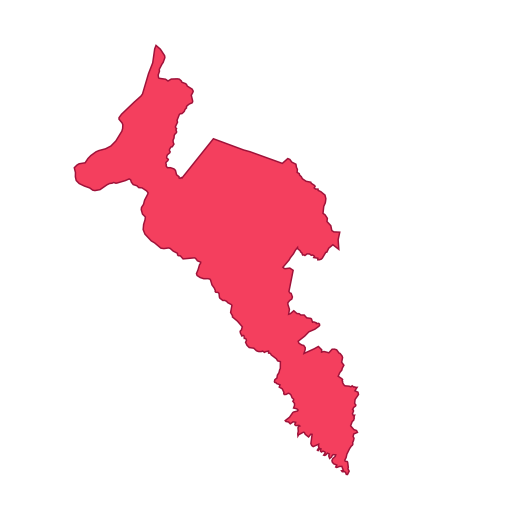 outline of Tetu, Central, Kenya, rotated 47°
{"feature_id": "3690345B96542987367119", "entity_name": "Tetu", "entity_type": "district", "adm_level": 2, "iso_a3": "KEN", "parent_name": "Kenya", "parent_adm1": "Central", "projection": "equal_earth", "projection_center": [36.862, -0.453], "detail": "fine", "context": "isolated", "style": "filled", "palette": "rose", "viewbox_px": 512, "rotation_deg": 47, "n_neighbors": 0, "source": "geoboundaries", "source_scale": "gbopen_adm2", "svg_char_len": 6106}
<svg xmlns="http://www.w3.org/2000/svg" viewBox="0 0 512 512"><g transform="rotate(47 256 256)"><path d="M33.8,185.5L35.4,188.8L44.3,199.8L49.3,210.2L60.1,228.5L60.6,231.0L60.4,239.7L60.6,257.6L61.4,261.8L62.5,262.9L67.4,263.2L69.2,263.9L71.8,266.6L73.3,269.1L73.7,270.7L76.3,280.0L76.6,287.2L75.0,292.9L71.7,299.1L70.7,301.9L69.9,308.3L70.1,312.4L71.3,317.4L67.9,322.5L67.4,324.9L67.5,328.7L71.8,331.1L74.9,334.1L78.2,336.0L82.4,335.9L87.8,333.8L92.8,331.2L96.5,330.5L98.3,329.2L101.1,324.8L102.3,316.4L103.1,313.7L104.6,311.6L105.2,309.9L107.1,308.9L107.8,308.0L111.7,300.2L113.1,296.2L114.7,295.7L117.0,296.8L120.0,297.1L123.4,295.2L126.0,295.1L128.4,292.9L133.7,291.6L136.1,291.8L136.9,292.9L139.2,299.4L141.5,303.0L142.4,306.6L143.8,308.3L147.9,310.4L152.0,310.3L153.8,312.4L156.3,316.7L159.7,320.5L164.3,322.3L173.5,322.3L177.2,321.2L185.4,320.2L187.8,318.3L190.4,314.5L191.9,313.6L196.0,313.2L200.5,311.6L201.7,312.6L202.7,312.6L204.3,311.2L208.4,311.3L215.4,302.2L216.6,301.8L219.6,302.1L222.8,300.6L223.6,301.7L223.8,303.1L226.5,307.7L228.3,311.6L230.1,312.4L233.7,311.5L237.0,309.7L239.8,306.6L241.4,305.5L242.5,305.6L247.1,307.9L251.0,308.4L253.5,309.3L254.2,310.1L255.1,310.1L256.8,308.6L258.2,308.6L261.1,310.8L262.2,311.2L265.9,310.6L267.1,309.2L269.1,308.4L270.8,308.5L274.6,307.2L275.6,307.2L280.0,313.1L283.8,314.0L284.5,314.8L291.0,314.0L298.4,314.3L300.1,317.0L300.2,318.9L301.6,319.9L304.9,320.9L305.1,319.8L305.7,319.3L306.5,319.4L308.3,320.8L308.9,320.1L310.0,319.9L311.3,320.6L312.0,322.5L315.2,323.5L318.3,323.4L321.9,320.5L325.6,320.3L327.5,319.4L329.4,317.5L330.1,316.0L332.3,315.5L332.5,314.2L334.1,311.7L335.6,313.0L336.5,312.1L337.6,312.0L338.7,312.3L345.1,311.2L347.4,311.7L349.9,310.2L354.9,315.0L355.3,316.2L357.0,318.8L357.7,321.6L359.5,323.9L359.3,326.5L360.3,328.1L361.2,328.5L362.2,327.8L363.3,327.9L366.6,326.3L367.7,328.4L371.1,327.4L374.8,328.6L375.6,329.6L376.6,329.8L377.7,328.5L378.4,326.0L379.6,325.3L381.5,325.2L384.3,326.3L386.4,326.1L387.2,327.0L387.3,328.1L390.1,328.4L391.6,329.8L392.8,332.2L395.5,330.4L397.4,330.3L397.7,331.3L395.8,334.8L395.6,335.8L396.8,341.4L396.3,346.9L397.4,347.0L399.6,345.4L402.1,345.4L402.6,341.9L404.7,340.4L405.2,341.1L405.4,342.3L406.2,342.7L407.2,342.5L409.2,340.0L410.2,339.9L409.7,341.2L410.3,342.5L413.0,344.6L414.5,346.7L416.2,348.0L415.8,346.8L417.2,341.5L418.1,341.0L420.0,341.6L424.2,341.0L423.7,337.4L424.7,336.6L430.6,343.8L432.6,344.5L434.4,344.2L436.4,338.5L437.9,340.2L439.0,340.5L439.8,343.5L440.7,343.3L440.5,340.6L441.3,340.0L442.7,341.9L444.0,341.8L444.4,340.1L446.2,339.3L447.2,339.6L447.8,342.3L448.8,341.7L449.1,340.3L448.9,338.2L450.8,337.4L451.9,339.2L454.3,340.2L454.5,337.8L453.9,336.5L453.9,335.0L455.8,333.3L456.6,334.6L456.6,338.2L457.5,340.1L458.9,340.8L460.9,340.9L464.0,339.5L464.7,341.6L465.7,341.2L466.9,338.4L468.4,336.7L472.3,338.3L471.4,339.9L472.6,340.0L474.2,338.3L475.4,338.1L477.3,338.9L478.2,338.1L476.9,334.6L474.3,333.9L473.6,332.7L469.6,329.8L468.6,329.4L467.0,330.7L465.9,330.4L464.9,327.6L462.9,324.7L460.7,318.9L460.0,315.9L460.1,314.5L459.6,313.4L458.5,312.8L457.5,310.6L456.1,308.6L454.2,308.1L452.8,305.9L454.2,302.1L452.2,301.5L449.7,302.8L444.7,302.6L442.7,298.5L442.7,296.6L441.5,294.6L440.7,294.3L439.7,292.5L439.0,293.6L437.1,293.0L435.9,290.4L435.1,289.9L434.2,290.1L433.4,287.9L433.6,285.5L433.1,284.6L431.1,284.4L428.5,281.4L427.2,275.5L425.2,274.3L422.0,275.6L421.0,271.7L420.0,272.8L419.1,273.0L418.5,273.9L416.5,274.2L416.5,275.4L415.8,276.2L414.8,276.6L411.6,279.5L409.8,279.6L407.6,279.0L406.8,278.2L406.0,278.1L405.5,277.0L404.4,276.9L400.0,277.9L398.4,274.2L398.0,271.1L396.9,269.4L395.8,266.2L392.1,265.8L389.3,261.9L387.6,261.2L384.7,261.0L383.6,261.5L379.6,261.0L377.7,262.1L376.1,263.9L376.5,268.7L372.2,271.4L371.0,273.6L369.4,271.9L364.7,272.1L363.6,276.6L360.0,287.4L358.0,283.9L356.6,282.5L354.0,282.1L352.3,283.2L349.1,284.1L347.1,283.3L347.8,275.0L347.5,269.1L349.7,262.8L350.3,257.9L350.1,256.7L349.1,256.0L348.0,256.1L346.6,257.9L345.9,257.5L343.6,258.7L343.0,259.8L339.9,258.4L339.0,258.5L335.8,261.1L332.0,261.0L329.7,263.5L327.6,263.8L326.0,265.3L321.8,265.7L321.6,270.3L320.9,271.9L317.8,267.9L313.0,265.6L311.9,264.5L311.5,261.6L311.9,259.2L310.8,257.3L307.3,255.8L306.2,256.4L304.4,256.1L291.8,238.6L287.9,239.5L285.2,243.3L284.5,243.8L282.6,244.0L281.5,234.6L280.7,232.1L279.9,227.1L278.6,223.2L278.1,219.8L279.1,220.6L282.1,220.1L283.5,220.6L284.7,220.3L287.1,221.2L287.7,220.3L289.0,219.9L289.3,217.1L291.1,215.4L293.2,215.1L293.8,214.0L295.3,213.5L296.2,213.6L296.5,214.8L299.8,212.3L300.9,213.4L301.9,212.3L302.8,210.5L302.8,209.0L300.9,202.5L301.5,201.6L299.9,197.5L300.2,192.1L307.6,190.9L300.1,184.8L295.7,178.5L291.5,182.6L289.1,183.2L284.8,180.6L279.2,180.6L277.1,178.1L273.0,177.4L270.5,177.9L265.9,172.6L264.4,169.1L263.4,167.8L261.7,165.8L258.5,164.0L253.2,164.7L250.4,165.8L249.4,165.0L247.6,166.8L245.9,167.0L245.3,165.2L244.3,165.1L240.5,166.0L239.4,165.6L235.5,168.4L231.1,169.4L229.0,168.8L226.5,168.9L225.3,168.2L222.9,168.9L220.8,166.6L218.8,166.0L216.1,164.2L211.8,165.8L208.5,165.4L206.4,166.3L206.2,173.6L175.4,189.4L170.1,192.7L141.2,207.2L148.5,257.0L147.7,257.1L147.4,258.6L146.4,259.0L145.5,258.2L142.4,258.7L138.4,256.5L136.3,256.6L133.1,258.3L131.0,260.6L128.8,260.3L128.3,259.5L126.4,258.5L126.1,257.5L126.1,255.4L125.5,254.2L123.4,254.5L122.1,253.1L121.6,251.8L121.7,248.6L121.2,247.7L120.0,247.5L119.0,246.5L118.6,245.1L118.3,243.8L119.0,242.7L118.2,239.7L116.3,239.0L114.7,237.6L113.8,235.5L112.1,233.7L111.6,232.5L111.5,230.0L110.8,229.2L109.2,228.6L108.6,227.2L107.3,227.3L106.4,226.6L104.6,222.1L102.9,221.2L100.2,215.5L100.4,214.1L101.3,213.2L101.4,211.0L101.2,209.5L100.4,208.1L100.3,205.8L99.5,205.3L99.1,203.9L99.4,201.0L100.4,198.3L100.1,197.4L99.6,196.7L94.3,193.7L93.3,190.7L92.6,189.5L90.4,188.9L84.9,190.4L83.0,189.8L81.8,190.0L78.4,191.7L76.9,191.2L74.3,191.5L72.7,192.8L68.8,197.3L68.0,201.0L65.0,201.6L60.0,205.6L59.2,205.7L56.9,204.1L55.1,200.7L53.5,199.4L51.6,194.1L51.1,191.9L48.8,187.4L47.9,186.7L47.1,186.2L39.5,184.9L33.8,185.5Z" fill="#f43f5e" stroke="#9f1239" stroke-width="1.5"/></g></svg>